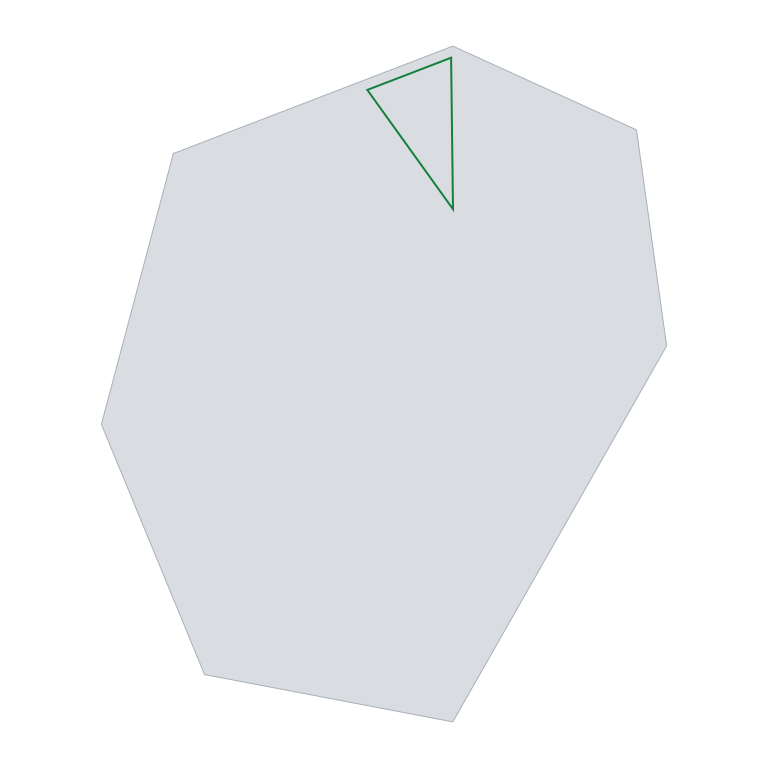 Nauru, with Anetan highlighted
{"feature_id": "NRU-4978", "entity_name": "Anetan", "entity_type": "state/province", "adm_level": 1, "iso_a3": "NRU", "parent_name": "Nauru", "parent_adm1": "", "projection": "orthographic", "projection_center": [166.935, -0.497], "detail": "fine", "context": "in_parent", "style": "outline", "palette": "green", "viewbox_px": 768, "rotation_deg": 0, "n_neighbors": 0, "source": "natural_earth", "source_scale": "10m", "svg_char_len": 329}
<svg xmlns="http://www.w3.org/2000/svg" viewBox="0 0 768 768"><path d="M666.6,345.9L452.8,721.9L204.6,674.6L101.4,424.3L173.4,153.5L452.8,46.1L636.5,129.9L666.6,345.9Z" fill="#d9dde1" stroke="#a8b0b8" stroke-width="1"/><path d="M367.3,89.9L451.1,57.7L453.0,209.2L367.3,89.9Z" fill="none" stroke="#15803d" stroke-width="2"/></svg>